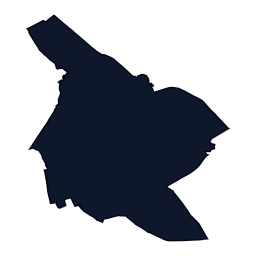 the district of Faurei, Neamt, Romania
{"feature_id": "2599482B17296269865935", "entity_name": "Faurei", "entity_type": "district", "adm_level": 2, "iso_a3": "ROU", "parent_name": "Romania", "parent_adm1": "Neamt", "projection": "natural_earth1", "projection_center": [26.714, 46.923], "detail": "fine", "context": "isolated", "style": "filled", "palette": "ink", "viewbox_px": 256, "rotation_deg": 0, "n_neighbors": 0, "source": "geoboundaries", "source_scale": "gbopen_adm2", "svg_char_len": 5400}
<svg xmlns="http://www.w3.org/2000/svg" viewBox="0 0 256 256"><path d="M102.4,222.1L103.6,219.1L104.1,218.9L107.7,218.2L109.0,217.8L110.8,217.4L111.6,217.1L118.3,215.4L120.6,215.7L125.7,215.8L126.8,216.8L133.0,221.8L134.5,223.1L135.2,223.9L135.4,223.7L136.7,224.9L142.4,228.1L143.3,228.8L144.9,229.7L146.1,230.5L147.8,232.1L150.0,232.6L154.2,234.6L158.5,236.7L160.3,237.4L163.3,239.0L166.4,240.2L168.5,240.6L170.9,240.6L185.2,240.4L189.3,240.1L190.3,240.1L191.3,240.0L198.1,239.8L199.9,239.6L200.8,239.6L204.2,239.0L206.3,238.8L207.5,238.8L203.9,232.7L202.8,230.5L202.0,229.4L199.8,225.3L198.5,223.5L197.5,222.3L194.1,219.0L191.0,215.9L189.9,214.6L189.0,213.3L188.8,212.6L182.4,203.6L177.4,197.1L175.9,195.3L174.9,193.9L173.8,192.8L173.3,191.8L173.3,191.5L173.3,191.3L173.0,191.2L166.5,187.1L166.1,186.6L177.3,180.2L179.2,179.0L184.2,176.2L188.2,174.1L191.6,171.9L195.3,169.1L196.6,168.0L199.5,165.0L202.8,160.2L205.7,156.5L207.0,155.4L207.9,154.9L206.7,154.5L206.3,154.1L204.7,151.7L207.7,151.4L208.3,151.5L209.5,151.5L210.4,151.2L210.8,150.3L211.4,149.4L211.8,149.1L212.8,149.1L213.9,148.5L214.3,148.7L214.5,148.2L214.4,147.7L213.8,146.7L214.8,145.0L214.2,144.7L214.2,144.4L212.6,144.1L211.8,143.8L210.9,143.1L210.1,142.7L209.7,142.3L210.3,140.7L210.9,139.6L211.1,138.9L211.5,138.5L212.0,138.3L228.5,128.5L228.2,128.4L228.0,128.2L223.6,123.4L222.8,122.8L222.3,122.0L221.4,121.1L218.0,117.6L214.9,114.1L210.2,109.6L203.3,101.8L202.1,100.7L201.2,100.0L199.4,99.0L193.6,96.2L184.9,91.4L181.4,89.8L180.1,89.1L179.2,88.7L178.3,88.4L172.3,87.5L171.5,87.5L170.2,87.8L169.3,87.7L165.5,88.8L153.6,92.6L153.1,90.3L152.5,88.8L151.6,88.0L151.9,85.7L152.6,86.0L153.2,85.9L152.7,84.9L151.8,84.1L151.2,83.4L150.2,83.4L149.5,84.0L148.9,83.9L148.5,83.0L148.5,82.5L148.7,81.7L148.7,80.4L148.5,79.4L148.2,78.4L147.3,77.2L146.5,75.8L144.7,75.1L143.8,74.9L143.0,74.6L142.4,74.6L142.3,74.8L142.2,74.8L141.3,74.6L141.1,74.9L140.3,75.0L140.2,75.1L140.1,75.5L139.7,75.8L139.1,75.9L138.2,75.8L138.3,76.2L138.1,76.6L137.5,77.2L136.9,77.4L134.8,76.5L134.0,76.4L132.5,76.1L124.5,68.6L121.8,66.2L119.6,64.4L117.3,62.4L116.1,61.4L114.6,60.1L114.1,59.4L113.6,59.1L111.1,57.7L105.1,55.1L103.8,54.8L102.1,54.8L101.4,54.6L100.6,53.7L99.4,53.2L98.4,52.7L96.9,51.7L95.4,50.5L93.4,48.9L92.8,48.5L90.3,46.3L88.0,44.4L79.2,36.7L76.6,34.6L73.4,31.7L70.6,29.3L70.0,29.0L67.8,27.1L63.1,23.2L55.0,16.2L54.0,15.4L45.1,22.2L43.4,20.6L27.5,28.8L27.8,28.9L27.8,29.2L28.4,29.9L28.4,30.3L28.6,30.4L28.5,30.7L29.1,30.9L29.3,31.2L29.4,31.5L29.2,31.8L29.2,33.1L30.2,34.7L30.7,35.5L31.2,36.1L31.2,36.3L31.3,36.6L31.5,36.9L32.3,38.1L35.0,42.5L35.5,43.2L37.2,45.9L37.5,46.2L38.7,48.2L39.1,49.2L39.8,50.2L42.5,52.5L43.8,54.1L47.5,57.1L50.1,59.8L51.4,60.7L52.1,61.1L52.3,61.3L52.7,61.6L53.0,61.9L54.2,62.4L54.6,63.3L55.5,64.4L55.8,65.7L56.1,66.2L56.3,66.7L56.3,67.1L56.2,67.4L56.3,67.7L56.8,68.1L56.9,68.6L57.3,68.8L57.7,68.9L58.5,68.8L58.7,68.5L59.4,68.1L60.5,68.4L60.9,68.5L61.8,68.2L62.5,68.2L62.9,68.3L63.8,69.2L64.7,70.1L65.7,70.5L66.0,70.8L68.6,73.6L68.1,74.0L67.8,73.5L67.3,73.4L66.7,73.5L67.0,74.2L67.0,74.3L66.7,74.4L66.5,74.2L66.2,74.5L65.6,75.7L65.6,76.0L65.2,76.3L64.9,76.2L64.7,76.0L64.7,75.9L64.9,75.8L64.8,75.5L64.4,75.7L64.3,75.4L64.0,75.3L63.7,75.5L64.0,75.9L63.3,76.1L63.4,76.4L63.4,76.6L62.9,76.8L62.7,77.0L62.8,77.2L63.2,77.3L63.4,77.5L63.7,77.4L63.8,77.5L63.7,77.9L63.2,77.8L63.1,78.0L63.6,78.3L64.1,78.2L63.9,78.7L63.3,78.8L63.3,79.1L63.8,79.1L63.7,79.5L63.4,79.4L63.4,79.5L63.1,79.9L62.7,79.7L62.9,79.9L62.9,80.1L63.1,80.2L63.0,80.3L62.1,80.7L61.5,80.2L61.2,80.2L61.1,80.3L61.1,80.5L61.4,80.6L61.4,80.8L61.0,81.4L60.6,81.4L60.4,81.3L60.2,81.0L59.4,81.5L59.7,81.5L59.7,81.9L59.5,82.0L59.3,81.8L59.0,82.5L59.0,82.8L59.2,83.0L60.2,83.4L60.3,83.5L60.4,83.9L60.2,84.1L60.0,84.4L60.8,84.7L60.7,84.9L60.2,84.8L59.8,85.0L59.7,85.7L59.5,86.1L59.6,89.3L60.0,90.7L60.3,90.6L60.4,90.8L60.3,91.0L60.2,91.4L60.3,91.5L60.6,91.5L60.8,91.7L60.8,91.9L60.7,92.2L60.9,92.6L60.9,93.0L59.5,96.7L59.4,97.4L58.4,99.7L58.6,101.0L58.9,101.2L58.6,101.5L58.5,101.8L58.8,102.5L58.7,102.9L58.8,103.8L59.2,104.7L57.5,104.6L57.4,105.3L56.8,105.7L56.1,106.0L56.4,107.6L55.9,108.0L55.0,109.2L54.2,111.4L53.8,112.2L53.6,112.6L52.9,113.3L51.9,115.1L49.0,119.7L46.6,124.0L46.3,124.1L34.0,142.5L29.9,148.9L30.5,148.7L32.2,148.1L32.9,148.1L34.2,148.4L34.7,148.8L35.6,149.2L36.0,149.5L38.7,150.5L39.4,151.2L40.4,152.9L40.7,153.0L41.4,154.1L41.4,154.3L42.5,157.0L42.4,157.2L42.4,157.6L42.4,157.8L45.6,163.3L45.8,165.3L46.1,165.8L46.1,166.0L46.9,167.3L47.5,168.0L48.0,168.7L48.1,168.9L48.3,169.2L44.4,170.3L44.8,171.3L44.9,171.8L45.4,174.7L45.9,177.1L45.9,177.5L46.0,178.3L46.7,181.3L46.8,182.4L47.9,191.2L48.0,192.1L50.6,203.3L54.9,202.7L54.3,200.8L55.5,200.1L56.0,200.1L56.2,201.3L56.5,202.1L56.3,202.9L56.2,203.5L56.3,203.9L56.4,204.2L57.9,207.0L58.2,207.4L59.0,207.9L59.8,207.9L60.5,207.7L65.7,205.4L65.6,204.8L64.7,203.1L64.7,202.8L64.8,202.5L64.5,201.5L64.6,199.3L70.9,197.7L75.0,206.2L78.8,205.0L79.4,205.7L79.5,206.0L79.4,206.4L79.9,206.5L80.3,206.9L80.3,207.3L80.9,207.7L81.0,208.2L81.3,208.3L81.4,208.6L81.4,208.8L81.6,208.9L82.3,209.2L82.7,209.7L82.9,210.1L83.3,210.5L83.7,211.0L84.0,211.1L84.9,211.8L85.5,211.9L85.6,212.2L88.7,214.1L89.6,214.9L90.4,215.2L91.8,216.1L92.2,216.1L92.6,216.3L94.7,217.8L97.2,220.2L97.4,220.3L98.0,220.3L98.4,220.2L100.3,221.3L101.2,221.5L101.5,221.7L101.8,221.7L102.4,222.1Z" fill="#0f172a" stroke="#020617" stroke-width="1.5"/></svg>